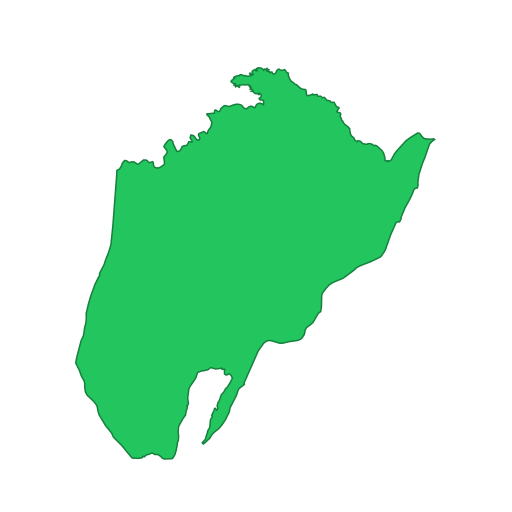 outline of Kampong Leaeng, Kâmpóng Chhnang, Cambodia, rotated 260°
{"feature_id": "14789045B82078343775741", "entity_name": "Kampong Leaeng", "entity_type": "district", "adm_level": 2, "iso_a3": "KHM", "parent_name": "Cambodia", "parent_adm1": "Kâmpóng Chhnang", "projection": "mercator", "projection_center": [104.747, 12.405], "detail": "fine", "context": "isolated", "style": "filled", "palette": "green", "viewbox_px": 512, "rotation_deg": 260, "n_neighbors": 0, "source": "geoboundaries", "source_scale": "gbopen_adm2", "svg_char_len": 6094}
<svg xmlns="http://www.w3.org/2000/svg" viewBox="0 0 512 512"><g transform="rotate(260 256 256)"><path d="M190.0,310.0L194.6,311.6L204.6,313.6L206.8,314.3L208.7,315.8L212.0,319.4L214.8,323.0L216.6,327.3L219.1,338.3L224.8,349.6L226.4,352.3L227.0,352.5L228.4,357.4L230.8,369.1L233.1,377.3L233.9,379.1L237.3,382.5L239.7,384.5L253.2,392.1L263.9,399.3L264.8,400.1L265.0,402.1L264.7,403.3L266.6,404.8L267.3,405.3L268.8,405.5L277.5,411.1L285.8,417.8L291.1,421.4L294.0,423.0L294.9,424.4L295.0,426.8L298.3,428.1L300.2,428.1L308.0,430.6L317.8,435.7L323.3,439.2L335.9,446.2L338.1,448.9L339.8,452.1L340.7,451.1L340.5,449.8L341.0,447.0L341.9,443.4L342.7,441.8L345.0,440.1L347.6,438.9L348.7,438.0L349.1,436.6L345.9,428.7L343.6,423.9L335.0,412.8L332.5,410.1L327.0,405.7L326.0,402.6L326.9,402.6L327.1,400.0L328.2,399.8L330.7,400.0L335.5,399.5L338.5,398.0L343.4,394.1L344.3,392.8L344.2,391.3L345.9,389.8L347.0,387.4L347.2,386.0L346.7,384.9L347.8,381.4L348.5,380.3L350.6,379.0L351.1,378.3L351.9,376.5L351.0,375.3L353.0,373.5L355.4,372.8L357.7,370.9L359.5,370.3L362.6,370.1L365.2,370.4L367.8,368.6L370.4,366.1L372.5,365.1L373.5,365.0L375.1,363.8L376.6,364.0L378.7,363.0L381.0,364.1L382.0,364.0L384.0,360.6L384.8,361.0L387.1,363.4L387.8,363.5L388.6,362.0L389.6,361.0L393.8,359.6L394.1,358.7L394.0,357.4L394.7,356.4L396.0,355.7L396.9,353.0L400.3,350.9L400.4,348.8L402.1,347.5L402.7,344.6L403.4,344.3L404.2,344.3L404.6,343.7L404.7,340.4L405.7,340.0L405.1,338.3L404.9,334.5L405.6,333.8L410.7,334.0L411.4,333.5L412.1,331.0L412.9,329.7L414.5,328.0L417.5,325.9L418.8,323.7L420.2,323.0L421.8,321.2L425.2,319.7L428.7,319.2L430.4,319.7L431.4,318.1L434.1,317.0L434.6,316.4L434.2,313.9L435.1,312.0L436.0,311.2L435.8,309.6L434.1,308.0L432.6,307.0L432.1,305.8L432.4,304.4L433.2,303.9L434.4,303.7L434.5,303.1L434.0,301.8L434.3,301.3L435.1,301.5L436.3,298.7L436.9,299.0L436.5,300.2L437.2,301.0L437.7,299.8L438.9,299.4L438.0,297.9L438.6,296.9L437.6,295.8L439.3,294.8L440.2,293.6L441.0,290.9L440.5,289.2L439.0,289.1L438.4,289.4L438.4,288.1L439.7,287.8L439.9,287.3L438.8,284.5L437.9,284.1L435.1,284.6L435.0,283.9L437.2,281.9L436.7,281.4L434.6,282.5L434.4,281.1L434.6,278.1L435.6,276.9L435.6,275.4L436.8,273.7L437.3,272.4L437.2,271.6L436.5,271.0L436.8,269.1L436.2,266.2L435.4,266.1L435.6,265.1L434.4,265.2L434.1,264.1L433.2,263.0L433.2,262.4L432.1,261.7L431.6,261.9L429.6,264.1L429.1,265.6L428.5,265.4L428.7,264.5L428.1,264.0L427.5,266.1L426.8,265.1L426.2,265.2L426.7,267.6L425.7,268.0L425.0,268.9L425.4,269.3L427.3,269.3L427.0,270.5L426.9,273.5L426.3,274.8L426.1,278.0L425.8,278.5L425.0,278.6L424.5,279.1L424.7,279.6L424.2,280.1L423.6,279.9L423.6,279.3L423.1,279.4L422.7,280.4L422.1,280.2L421.3,279.1L420.9,279.4L421.4,280.5L420.2,281.6L419.7,281.6L419.0,280.2L418.6,281.8L417.3,282.3L416.1,283.4L415.6,285.2L415.8,286.4L415.4,286.7L414.8,286.4L414.4,286.9L415.5,287.9L414.4,288.8L413.0,289.0L411.5,288.4L410.9,286.7L410.2,286.4L408.8,287.4L408.8,288.7L407.7,290.4L404.3,290.0L403.6,289.4L404.6,288.8L405.9,286.0L405.5,283.8L404.5,282.4L402.5,280.9L402.4,280.2L404.3,277.6L404.4,276.5L404.1,274.9L402.5,272.0L404.0,269.6L406.9,268.1L408.4,265.4L408.9,263.2L408.7,261.5L408.9,260.9L407.9,255.8L408.5,253.7L409.4,252.2L409.5,250.7L407.2,246.8L405.6,246.1L404.7,245.0L404.8,243.7L406.5,242.0L406.9,241.1L406.3,240.5L403.9,239.8L404.5,232.4L403.6,232.2L403.0,232.9L402.4,233.0L402.3,233.5L400.8,234.1L395.1,235.8L390.9,233.9L388.1,230.9L385.1,229.2L385.1,228.5L387.1,226.9L387.6,226.0L386.4,220.9L384.7,220.3L381.8,221.2L380.2,220.3L380.5,218.3L383.1,216.6L384.5,216.2L385.7,214.8L386.5,213.2L386.2,212.7L383.7,211.6L379.9,213.1L379.3,212.6L380.3,209.7L378.0,208.1L376.9,206.8L377.1,204.5L376.7,202.3L374.1,200.6L373.1,199.4L372.6,197.9L372.7,196.2L381.1,193.9L383.1,193.9L384.7,193.0L385.4,192.0L385.6,191.1L384.8,189.4L381.8,185.8L379.6,184.3L376.8,185.8L374.7,186.7L373.8,186.6L371.9,185.4L369.7,182.6L368.8,182.3L363.1,182.0L361.9,181.2L360.2,177.5L359.7,175.7L360.0,173.2L360.7,172.1L361.3,171.3L362.3,171.0L366.3,170.9L366.8,170.6L366.5,167.6L366.7,167.1L367.1,166.4L369.0,165.3L369.6,164.3L370.1,161.9L366.8,156.0L367.2,155.1L370.0,152.0L370.3,149.4L370.0,147.3L372.2,145.1L372.9,143.4L371.9,141.8L370.7,140.6L367.8,138.9L365.4,136.7L364.4,133.8L362.8,133.6L311.1,120.4L292.3,115.1L284.5,111.1L278.3,107.2L273.7,104.8L267.0,99.6L264.9,98.5L263.6,98.7L262.6,97.3L256.0,92.5L245.8,86.6L238.2,82.8L229.2,78.9L223.9,78.0L219.7,76.9L215.5,74.9L208.6,72.7L206.8,71.8L203.1,69.1L186.9,61.7L182.0,59.9L174.0,62.2L168.0,63.2L162.8,65.0L160.6,65.2L155.8,64.5L151.9,64.4L149.2,65.2L147.8,65.8L140.9,71.0L137.0,73.0L135.6,73.4L129.8,73.5L126.5,74.0L114.9,78.5L106.8,83.0L102.3,84.2L93.0,90.7L79.2,98.5L78.3,99.5L78.1,100.3L77.8,102.7L77.2,104.5L77.0,108.2L77.4,109.3L78.3,109.6L77.7,111.6L79.0,112.8L79.3,116.4L80.0,118.6L79.9,119.9L78.1,121.8L77.7,124.3L76.8,125.7L75.0,127.5L73.3,128.5L72.0,130.3L71.0,138.0L71.3,138.9L74.4,141.6L78.1,143.5L83.5,145.6L86.0,146.2L87.8,147.5L92.5,148.6L95.9,148.7L101.6,150.2L108.2,155.5L111.6,159.0L114.8,160.0L117.5,161.5L120.2,162.4L120.6,162.0L121.6,163.4L122.4,163.8L128.1,164.1L136.4,166.7L138.6,168.0L145.2,174.5L147.1,176.0L150.9,177.9L151.6,178.9L152.3,183.2L152.1,184.4L152.3,188.8L154.0,192.1L151.7,196.6L151.5,202.7L150.6,202.6L150.0,203.7L150.2,204.8L149.6,205.6L148.5,205.0L145.3,204.5L144.2,205.5L143.9,206.9L144.7,208.6L144.3,209.4L142.7,210.8L139.7,211.5L135.5,208.3L131.3,204.5L130.8,203.1L127.8,200.8L125.3,197.7L119.7,194.6L118.5,193.3L115.3,191.7L112.7,191.9L111.3,191.0L111.1,190.3L113.1,189.4L113.0,188.6L111.9,188.4L106.8,184.7L105.8,185.3L102.6,182.7L95.1,180.6L92.2,178.1L89.4,177.0L87.0,175.5L84.7,174.7L81.4,170.6L80.3,171.2L80.0,171.8L84.6,178.9L88.0,181.9L90.0,184.8L92.5,189.5L95.8,193.4L100.1,197.5L107.2,202.7L111.0,204.1L121.9,212.4L126.4,214.8L128.4,216.3L131.5,222.2L133.0,222.2L162.4,241.9L168.7,248.3L170.4,251.6L170.5,254.5L169.6,257.0L165.9,264.4L165.5,267.7L165.9,272.6L165.6,282.3L166.3,285.3L166.9,286.6L170.0,289.7L172.2,290.8L174.3,291.4L176.6,293.2L180.5,300.5L187.9,306.7L189.0,307.9L190.0,310.0Z" fill="#22c55e" stroke="#15803d" stroke-width="1.5"/></g></svg>